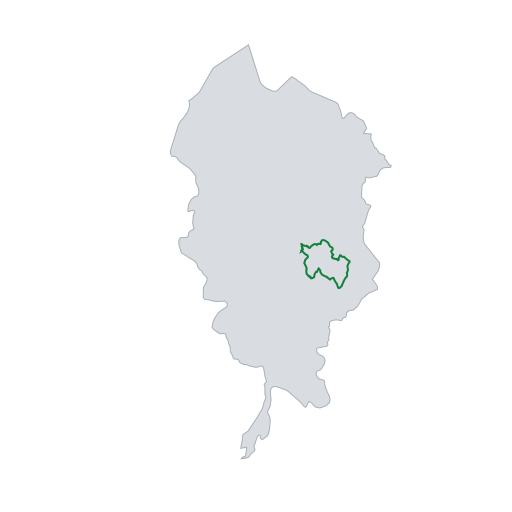 where Sari Pul sits in Afghanistan, rotated 126°
{"feature_id": "AFG-1748", "entity_name": "Sari Pul", "entity_type": "Province", "adm_level": 1, "iso_a3": "AFG", "parent_name": "Afghanistan", "parent_adm1": "", "projection": "equal_earth", "projection_center": [66.141, 35.686], "detail": "fine", "context": "in_parent", "style": "outline", "palette": "green", "viewbox_px": 512, "rotation_deg": 126, "n_neighbors": 0, "source": "natural_earth", "source_scale": "10m", "svg_char_len": 8247}
<svg xmlns="http://www.w3.org/2000/svg" viewBox="0 0 512 512"><g transform="rotate(126 256 256)"><path d="M228.4,145.1L236.8,144.3L242.5,145.4L245.6,148.6L248.5,149.4L251.4,147.8L253.2,147.6L253.9,148.5L255.4,149.0L257.6,148.8L258.8,149.7L259.2,151.5L260.8,153.9L263.8,156.8L266.4,157.5L269.8,155.3L271.0,155.5L271.5,154.8L271.9,153.2L273.9,151.6L277.7,150.2L279.9,148.9L280.6,147.8L281.9,147.5L283.3,147.8L284.3,147.4L285.0,146.0L286.4,145.5L287.5,145.7L292.8,151.0L294.9,152.5L295.8,152.3L298.4,149.4L298.7,146.8L297.9,143.4L298.4,140.7L300.1,138.6L303.2,137.3L307.8,136.8L310.7,137.1L311.8,138.2L313.2,138.8L315.0,138.9L316.6,137.7L318.0,135.1L318.1,131.9L316.7,128.2L317.0,127.0L319.3,125.1L321.7,122.2L324.0,118.6L326.3,114.2L329.0,111.4L332.4,110.4L336.5,111.6L341.4,115.0L343.3,119.3L342.3,124.4L342.2,127.1L343.2,127.7L348.7,126.7L349.4,127.4L349.4,128.8L348.7,131.0L347.8,137.0L346.5,151.9L349.0,160.8L350.7,164.4L352.3,165.5L354.0,165.9L355.6,165.6L358.9,163.3L363.8,159.1L368.6,156.5L375.7,155.0L377.9,150.5L381.1,147.5L388.5,143.1L392.5,141.4L394.9,141.1L400.6,142.8L401.0,144.1L400.6,145.6L399.0,146.8L398.6,147.7L399.2,148.4L401.5,148.7L411.3,145.6L413.4,142.9L415.5,142.8L419.7,143.9L422.9,143.6L424.7,144.7L428.7,148.7L427.4,148.9L425.7,148.1L424.7,146.8L420.7,148.5L416.4,151.0L416.5,151.6L420.6,155.3L412.5,159.2L408.8,161.4L407.9,161.5L402.3,159.5L386.8,160.1L375.0,161.3L370.5,163.3L366.2,164.3L364.0,165.4L362.6,167.5L356.2,172.2L355.1,173.9L351.4,173.7L347.8,178.3L342.4,183.7L341.3,186.2L342.2,187.5L345.1,189.5L346.5,191.3L348.7,196.6L349.6,200.3L350.9,201.9L351.7,206.4L350.4,208.9L350.5,210.2L352.3,213.5L351.9,214.6L350.6,216.1L348.5,220.4L344.7,223.6L343.1,226.4L340.5,229.5L339.4,232.2L338.2,233.6L337.0,234.4L337.3,235.8L338.4,237.6L340.2,239.5L340.3,247.5L339.4,249.8L334.5,252.0L329.8,252.9L324.0,253.0L321.8,252.6L313.8,249.7L311.3,251.2L310.8,254.7L315.4,260.4L317.4,263.6L319.5,269.0L321.1,271.7L320.6,274.3L312.4,280.0L307.2,280.6L303.9,281.6L302.3,283.0L301.2,289.1L300.0,291.3L300.1,293.9L299.0,296.9L297.3,298.9L296.2,302.0L297.3,318.2L292.5,324.6L289.9,326.9L287.3,328.0L285.2,327.6L282.5,323.9L280.6,322.5L278.8,322.8L276.9,324.1L273.8,323.7L271.2,322.4L269.9,322.5L269.2,323.8L266.5,326.6L259.7,330.8L256.9,331.1L255.7,332.2L256.2,333.9L257.4,335.3L259.6,336.3L259.7,337.5L256.2,339.7L252.7,341.1L248.6,341.6L244.4,340.8L242.3,338.9L239.7,338.7L237.4,340.1L235.0,342.4L231.7,348.1L226.8,351.6L225.6,355.2L224.1,361.6L224.5,371.0L224.0,375.2L222.9,378.0L223.1,380.1L224.7,382.6L224.1,384.2L222.7,386.0L221.4,387.0L194.6,396.1L190.3,396.3L188.0,395.9L180.4,395.9L177.3,396.6L174.1,397.8L171.8,399.4L169.9,401.6L166.8,400.4L156.8,398.1L129.8,401.1L127.2,400.5L89.6,386.2L113.3,354.2L114.0,351.6L114.2,346.4L112.8,339.4L110.6,336.2L90.0,332.6L89.4,327.2L89.8,324.7L89.5,320.1L89.6,316.5L90.6,310.6L90.7,308.0L84.7,281.7L84.8,279.2L88.7,273.2L93.7,267.3L93.4,266.2L91.0,265.6L87.3,265.5L85.4,264.6L83.9,263.0L83.3,260.7L84.4,256.5L83.6,248.4L87.6,241.5L93.5,241.1L90.6,236.1L89.9,235.6L89.7,234.8L90.1,233.9L91.6,233.6L95.2,230.4L95.4,228.6L98.5,224.0L98.3,221.9L100.3,216.4L99.4,212.7L99.2,210.7L101.4,209.4L102.9,204.3L103.7,203.0L103.8,201.7L103.4,199.6L105.4,199.3L107.2,202.0L110.0,204.8L111.9,205.6L114.2,206.0L119.5,205.1L120.6,205.2L126.0,210.1L127.0,211.4L127.4,213.3L128.2,213.9L130.2,212.0L132.0,211.3L135.6,211.9L137.4,211.2L146.4,205.2L147.1,201.3L148.0,199.1L149.2,197.8L147.8,193.3L148.3,192.4L149.5,192.0L152.4,192.0L165.9,187.2L169.4,187.2L170.2,186.8L170.4,185.4L171.4,184.0L177.8,180.4L181.5,176.8L182.8,174.0L189.0,151.8L192.2,149.9L195.5,148.5L206.5,148.1L208.6,141.3L209.6,139.6L211.6,138.1L219.7,142.9L228.4,145.1Z" fill="#d9dde1" stroke="#a8b0b8" stroke-width="1"/><path d="M229.7,169.0L232.3,169.5L233.0,169.8L233.2,170.0L233.3,170.1L233.4,170.3L233.4,170.5L233.3,170.8L233.0,171.5L232.9,171.6L232.7,171.8L232.3,172.5L232.1,172.7L231.6,173.3L231.2,173.8L230.8,174.6L230.7,174.8L230.7,175.0L230.6,175.6L230.5,175.9L229.9,177.2L229.8,177.6L229.7,177.7L229.5,178.2L229.3,178.4L228.6,179.7L228.3,180.2L228.2,180.3L228.2,180.6L228.3,180.7L229.0,181.1L230.0,181.9L230.1,182.0L230.5,182.1L231.1,182.1L231.3,182.1L231.5,182.2L231.5,182.4L231.6,182.8L231.6,183.0L231.5,183.4L231.5,183.5L231.5,184.8L231.5,185.0L231.6,185.3L231.5,185.5L231.4,185.7L231.3,185.8L231.3,186.1L231.3,186.5L231.3,186.9L231.7,187.5L231.7,187.8L232.2,190.9L232.2,191.5L232.2,191.9L232.0,192.5L231.4,193.9L231.2,194.5L230.6,194.9L230.5,195.0L230.3,195.2L230.1,195.5L229.9,195.7L229.7,196.2L229.2,197.8L229.2,198.0L229.6,198.0L233.0,197.3L233.2,197.5L233.3,197.9L233.4,198.0L233.5,198.1L236.3,197.9L236.5,197.8L236.7,197.7L236.9,197.6L237.2,197.5L237.6,197.3L238.8,196.5L241.1,197.6L241.6,198.2L241.7,198.5L241.7,198.8L241.6,199.0L241.4,199.2L241.0,199.4L240.8,199.5L240.7,199.7L240.7,199.9L240.8,200.0L241.3,200.3L241.4,200.5L241.4,200.9L241.4,201.3L241.4,201.5L241.0,201.6L240.9,201.7L240.9,201.8L241.0,202.7L241.0,203.0L241.0,203.6L240.9,203.9L240.8,204.1L240.7,204.3L240.6,204.6L239.4,205.8L239.0,206.1L238.6,206.5L237.8,206.8L237.5,207.1L237.2,207.4L236.5,207.5L236.2,207.8L235.1,209.4L233.5,212.5L233.3,212.8L233.2,212.9L232.7,212.9L232.5,213.0L231.3,213.5L230.5,213.8L230.0,213.9L226.5,213.4L226.2,213.5L225.9,213.7L225.7,213.9L225.6,214.1L225.5,214.3L225.3,214.7L225.3,214.9L225.2,215.7L225.2,215.8L225.3,216.1L225.5,216.3L225.6,216.6L225.6,216.8L225.4,218.1L225.4,218.9L225.3,219.3L225.2,219.5L225.1,219.9L225.1,220.7L225.1,221.0L225.2,221.4L225.2,221.5L225.4,221.8L225.5,221.9L225.6,222.0L225.9,222.1L225.4,222.3L225.2,222.5L224.9,222.5L224.7,222.5L224.2,222.5L223.9,222.4L223.5,222.1L223.3,222.0L223.2,221.9L222.9,222.0L222.7,222.3L222.7,222.5L222.8,222.6L222.9,222.9L222.9,223.0L222.7,223.1L222.3,223.3L222.2,223.3L222.2,223.7L222.1,223.8L221.5,224.0L221.4,224.0L221.3,224.3L221.3,224.5L221.2,224.8L220.8,224.9L220.7,225.0L220.0,225.9L219.8,226.2L219.7,226.2L219.6,226.3L219.5,226.2L219.5,225.8L219.5,225.6L219.7,225.1L219.7,224.8L219.0,222.2L218.8,221.7L218.6,221.5L218.5,221.2L218.0,221.1L218.0,220.9L218.1,220.7L218.3,220.5L218.3,220.4L218.3,220.2L217.8,219.8L217.7,219.7L217.8,219.4L218.1,219.3L218.2,219.2L218.2,218.9L218.3,218.3L218.3,218.1L218.2,217.8L218.1,217.7L218.0,217.4L217.8,217.3L217.7,217.2L217.3,217.2L217.2,217.2L217.0,217.3L216.8,217.3L215.6,217.0L214.9,216.9L212.4,216.0L212.2,215.9L211.8,215.4L211.6,215.2L211.3,214.5L211.3,214.4L211.2,214.2L211.2,213.9L211.2,213.5L211.2,213.4L211.2,213.2L210.7,213.3L210.4,213.2L210.1,213.0L209.9,212.9L209.7,212.9L209.4,212.7L209.4,212.4L209.3,212.2L209.2,212.1L209.0,211.9L208.7,211.7L208.4,211.4L208.4,211.2L208.5,210.9L208.4,210.8L208.2,210.8L207.4,211.1L207.2,211.2L206.9,211.5L206.5,211.7L205.8,211.8L204.4,211.8L204.2,211.7L203.9,211.3L203.4,210.6L203.3,210.4L203.2,210.1L202.9,209.1L202.8,208.6L202.8,208.3L202.9,207.7L202.9,207.4L202.8,206.8L202.9,205.9L202.9,205.1L203.0,205.0L203.1,204.9L203.4,204.6L203.5,204.5L203.6,204.3L204.0,203.3L204.7,201.8L204.8,201.6L204.7,201.3L204.4,200.2L204.4,199.9L204.5,199.7L204.6,199.4L204.6,199.2L204.6,198.8L204.7,198.6L204.9,198.4L205.6,197.8L205.8,197.7L206.0,197.7L206.8,197.8L207.5,198.0L207.8,198.0L208.1,197.8L208.5,197.2L209.1,196.2L209.3,195.8L209.4,195.6L209.5,195.1L209.5,194.9L209.5,194.7L209.4,194.5L209.4,194.4L209.6,194.2L209.8,194.2L210.3,194.2L210.9,194.4L211.7,194.3L212.1,194.1L212.3,193.8L212.3,193.5L212.4,193.3L212.5,193.1L212.7,192.8L212.7,192.7L212.4,192.6L212.4,192.2L212.2,191.0L212.1,190.9L211.9,190.7L211.6,189.9L211.4,189.5L211.4,189.4L211.1,189.2L210.9,188.8L210.9,188.6L211.0,188.5L211.0,188.4L211.1,188.2L211.1,187.9L211.3,187.6L211.3,187.4L211.2,187.1L210.9,186.9L210.7,186.9L210.2,187.0L209.6,187.5L209.4,187.7L209.2,187.8L205.9,188.4L205.8,188.2L205.7,188.0L205.7,187.4L206.0,186.6L206.0,186.4L206.0,186.1L205.9,185.8L205.8,185.5L205.5,185.0L204.9,184.5L205.4,179.4L205.4,179.1L205.2,178.1L205.2,177.8L205.2,177.5L205.3,177.2L205.8,176.8L207.1,176.8L209.7,176.4L210.2,176.2L210.8,175.8L212.0,174.5L213.5,173.3L214.2,173.0L216.3,172.5L216.6,172.4L216.8,172.1L217.0,171.7L218.3,170.8L218.8,170.5L219.5,170.4L220.4,170.7L222.7,170.6L225.5,170.1L227.3,169.6L228.0,169.5L228.4,169.5L228.7,169.5L228.8,169.4L229.7,169.0Z" fill="none" stroke="#15803d" stroke-width="2"/></g></svg>